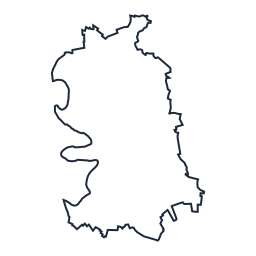 outline of Thanh Oai, Ha Noi, Vietnam
{"feature_id": "81297802B69083052749589", "entity_name": "Thanh Oai", "entity_type": "district", "adm_level": 2, "iso_a3": "VNM", "parent_name": "Vietnam", "parent_adm1": "Ha Noi", "projection": "albers", "projection_center": [105.783, 20.86], "detail": "fine", "context": "isolated", "style": "outline", "palette": "slate", "viewbox_px": 256, "rotation_deg": 0, "n_neighbors": 0, "source": "geoboundaries", "source_scale": "gbopen_adm2", "svg_char_len": 5684}
<svg xmlns="http://www.w3.org/2000/svg" viewBox="0 0 256 256"><path d="M63.6,200.0L64.9,204.7L66.4,209.1L67.7,212.1L68.6,216.1L69.5,217.1L68.6,222.4L72.6,224.2L72.3,225.4L73.5,225.8L77.0,229.2L82.1,224.7L83.1,225.7L84.9,223.6L87.0,226.3L88.9,224.6L93.0,230.7L95.7,227.1L100.1,229.7L99.7,230.6L101.6,231.5L100.7,233.0L102.7,234.4L102.0,235.8L104.0,237.3L104.9,236.3L105.9,236.6L107.8,229.9L117.4,230.2L117.7,229.5L118.1,226.3L120.0,226.7L120.9,227.1L122.5,228.6L123.3,227.0L124.4,226.9L125.5,224.8L128.2,224.5L129.8,228.2L132.5,227.4L132.8,227.7L133.7,227.7L134.8,229.7L137.1,232.1L139.3,233.5L143.8,236.3L156.7,240.1L157.5,240.6L158.9,239.5L159.3,238.1L160.1,236.3L160.6,234.7L161.3,233.5L161.7,232.9L162.8,231.8L163.6,230.8L163.0,229.5L163.6,229.0L160.4,223.6L162.1,220.1L161.4,219.1L160.5,217.1L163.0,215.5L162.4,214.3L167.5,210.0L168.1,210.7L173.7,220.8L175.0,220.4L176.2,219.7L176.4,219.3L176.4,218.4L171.7,206.1L177.2,204.1L182.7,202.3L184.2,204.0L191.0,203.8L192.2,211.3L194.5,211.7L195.8,211.7L196.9,211.8L197.7,211.8L197.7,204.7L199.5,204.7L200.6,204.9L201.1,203.2L201.2,201.7L201.5,200.0L201.6,198.3L201.8,196.3L201.7,196.1L200.6,196.1L200.4,196.0L200.4,195.6L200.6,193.2L203.8,193.4L204.0,192.6L204.1,191.7L202.1,190.7L200.8,190.2L200.2,189.8L199.5,189.2L198.4,187.9L197.9,187.6L197.7,187.4L197.6,186.7L197.4,184.3L197.4,182.2L197.5,181.4L197.7,180.4L198.1,179.4L188.9,177.1L185.6,174.6L185.8,173.9L187.9,174.5L187.9,173.0L186.4,169.7L186.7,168.7L186.7,167.2L185.2,164.6L184.8,163.1L182.4,160.8L180.5,159.0L179.7,157.5L178.1,154.5L180.3,153.8L177.7,138.5L177.6,136.8L177.7,135.1L178.2,132.8L177.0,132.6L176.3,132.3L175.3,131.8L175.1,131.5L175.0,131.1L175.1,130.6L175.4,130.4L174.6,129.9L175.9,129.2L176.4,129.1L176.0,126.9L182.6,124.9L179.7,119.0L180.7,114.1L178.8,114.0L176.0,113.3L175.0,113.0L174.1,112.9L173.3,112.9L171.3,113.1L169.4,113.5L169.3,113.2L169.4,112.9L169.8,112.3L170.8,107.5L170.3,101.8L170.7,99.9L167.8,98.5L168.4,95.2L170.0,90.8L167.8,89.2L167.8,88.7L165.9,80.9L166.4,78.1L169.3,77.8L168.7,77.3L166.6,76.1L166.3,75.8L165.9,75.3L165.6,73.9L170.6,71.9L170.4,71.3L170.5,69.3L170.4,68.4L170.1,67.8L169.7,67.4L164.7,63.1L159.5,58.6L158.5,57.8L157.8,57.4L157.5,57.3L156.5,58.0L156.0,58.1L155.4,58.0L154.6,57.3L153.9,56.4L153.4,55.6L153.3,55.0L153.5,54.1L153.4,53.6L152.8,53.4L151.7,53.6L149.1,53.5L147.7,53.2L147.2,53.0L146.7,53.0L146.4,53.1L146.1,53.5L145.9,54.8L145.6,55.0L145.2,54.8L143.9,53.8L143.2,53.3L142.8,53.0L142.6,52.6L142.4,52.0L142.3,50.4L141.9,50.0L140.9,49.5L139.7,49.4L138.9,49.4L138.2,49.8L137.8,49.8L137.5,49.7L137.2,49.2L136.8,48.1L136.1,47.0L135.5,45.8L135.2,44.6L135.1,43.5L135.3,42.9L135.6,42.6L137.1,42.0L138.2,41.1L138.3,40.8L138.2,40.5L137.6,39.3L137.3,37.7L137.0,37.1L137.0,36.8L137.8,35.0L138.0,33.3L138.2,32.8L139.2,31.8L140.2,31.2L141.1,30.8L142.1,30.6L142.5,30.5L142.8,30.1L143.4,29.1L144.2,28.2L144.6,27.9L144.9,27.8L146.1,27.3L146.6,26.8L147.6,23.5L148.0,23.0L148.3,22.8L148.7,22.7L150.5,22.9L150.6,22.4L150.9,21.3L150.5,21.2L150.4,21.0L148.5,20.2L147.5,19.6L146.5,17.6L147.5,16.1L146.8,15.7L145.8,16.8L143.3,15.4L142.0,15.5L139.9,16.4L139.0,16.5L137.4,16.2L135.2,15.6L134.7,15.6L134.5,16.8L133.8,16.6L133.1,16.2L132.0,15.9L130.2,15.6L130.4,16.5L130.8,18.3L130.6,20.5L130.4,21.8L129.9,23.1L129.6,23.9L128.5,25.6L128.0,26.5L127.7,26.9L123.9,27.2L116.6,29.8L117.5,32.9L107.8,36.6L105.5,38.8L102.0,36.1L102.8,34.6L99.6,32.3L97.1,30.3L97.6,29.4L98.1,28.6L93.2,25.4L93.5,29.2L91.0,29.0L89.7,27.6L88.8,28.7L86.1,27.1L85.0,30.8L83.2,30.4L82.3,30.0L82.3,31.2L82.5,34.5L82.7,35.0L84.2,34.7L84.2,39.0L84.4,41.6L83.6,41.7L84.3,47.8L72.4,50.0L72.4,53.1L72.0,53.3L71.4,53.2L69.9,52.5L69.0,52.4L65.4,52.4L64.7,53.0L64.9,53.5L64.8,54.1L64.3,54.8L63.7,55.4L62.9,55.9L59.0,58.8L57.8,60.0L56.1,62.9L55.5,64.3L53.0,69.3L51.9,73.3L52.9,81.1L54.1,80.9L55.3,80.4L56.8,79.9L57.7,79.8L59.8,79.9L61.7,80.2L62.9,80.6L64.1,81.5L65.2,82.4L66.0,83.7L68.0,87.3L68.5,88.4L68.8,89.6L68.9,90.9L68.6,95.4L68.5,98.8L67.9,102.0L67.7,103.6L67.5,104.6L66.3,106.9L65.4,107.9L64.1,108.8L62.7,109.6L62.0,109.7L61.1,109.4L60.3,109.0L59.2,108.0L58.3,107.3L58.2,107.0L58.0,106.1L57.6,105.7L56.3,105.4L55.8,105.6L55.3,105.9L54.9,106.6L54.9,108.4L55.0,111.5L55.2,112.2L58.7,118.2L59.5,118.8L64.9,124.4L65.4,124.6L66.4,124.4L67.1,124.4L68.1,125.6L69.0,125.9L69.9,126.5L70.4,126.9L70.9,127.6L71.5,128.4L72.8,128.8L74.0,130.0L74.4,130.3L75.5,130.6L76.6,131.0L77.6,131.7L79.0,132.4L80.1,132.7L80.9,132.9L81.3,133.1L81.7,133.2L82.1,133.2L82.9,132.9L83.2,132.9L83.8,133.1L86.1,134.6L87.1,135.4L88.2,136.3L88.8,137.1L90.3,138.7L90.8,139.5L91.1,140.2L91.4,141.6L91.3,142.8L91.2,143.5L90.8,144.0L90.4,144.4L89.8,144.6L88.6,144.9L88.0,145.3L87.1,145.7L86.5,146.0L85.3,146.4L84.3,146.7L84.0,146.8L82.3,146.8L79.5,147.1L75.7,147.4L74.4,147.2L74.2,147.0L73.6,146.5L73.3,146.4L72.9,146.4L71.6,146.5L67.2,147.5L64.1,149.5L62.3,151.2L61.9,151.7L61.5,152.4L61.2,153.2L61.1,153.9L61.2,154.9L61.6,155.9L61.9,156.4L62.3,156.7L62.7,157.0L64.3,157.9L65.4,158.5L66.8,159.6L67.6,160.5L68.4,160.8L71.1,161.2L73.0,161.2L75.7,160.7L76.4,160.5L76.9,160.1L77.4,159.9L77.8,159.8L82.0,160.1L87.1,160.4L89.0,160.8L90.3,160.9L91.9,160.7L95.1,160.0L95.6,160.0L96.9,160.3L97.4,160.6L97.9,161.5L97.9,162.4L97.8,163.3L97.4,164.6L97.1,165.1L96.1,166.4L94.9,167.7L91.8,170.6L89.9,172.7L88.6,174.7L87.9,176.3L87.5,177.3L86.7,180.5L86.4,182.6L86.2,184.3L86.3,184.9L86.7,186.5L87.6,188.3L89.1,190.4L89.7,191.4L89.9,192.4L89.9,193.2L89.6,193.6L86.5,195.3L84.1,197.1L83.5,197.6L82.3,198.5L81.9,198.9L81.1,200.4L80.7,201.0L79.4,202.1L78.3,203.9L77.6,204.5L76.2,205.3L75.4,205.5L74.0,205.5L73.1,205.3L71.9,204.9L70.7,204.1L69.8,203.2L67.8,201.9L65.8,200.8L63.6,200.0Z" fill="none" stroke="#1e293b" stroke-width="2"/></svg>